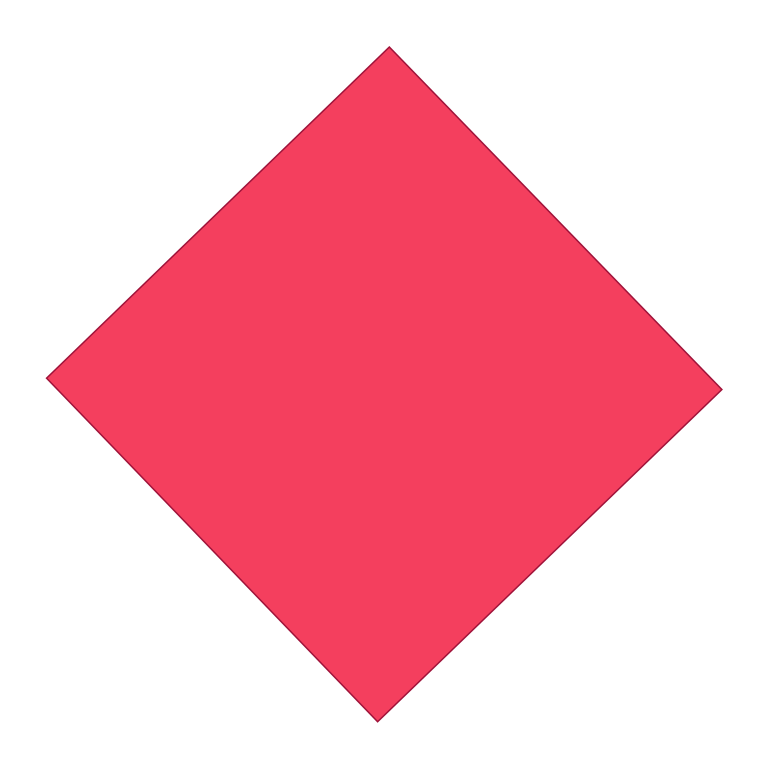 the district of Ector, Texas, United States of America, rotated 46°
{"feature_id": "52423323B50517740835867", "entity_name": "Ector", "entity_type": "district", "adm_level": 2, "iso_a3": "USA", "parent_name": "United States of America", "parent_adm1": "Texas", "projection": "mercator", "projection_center": [-102.506, 31.869], "detail": "fine", "context": "isolated", "style": "filled", "palette": "rose", "viewbox_px": 768, "rotation_deg": 46, "n_neighbors": 0, "source": "geoboundaries", "source_scale": "gbopen_adm2", "svg_char_len": 254}
<svg xmlns="http://www.w3.org/2000/svg" viewBox="0 0 768 768"><g transform="rotate(46 384 384)"><path d="M622.7,144.8L145.3,146.1L145.4,622.7L175.0,622.7L593.8,623.2L622.5,623.2L622.7,144.8Z" fill="#f43f5e" stroke="#9f1239" stroke-width="1.5"/></g></svg>